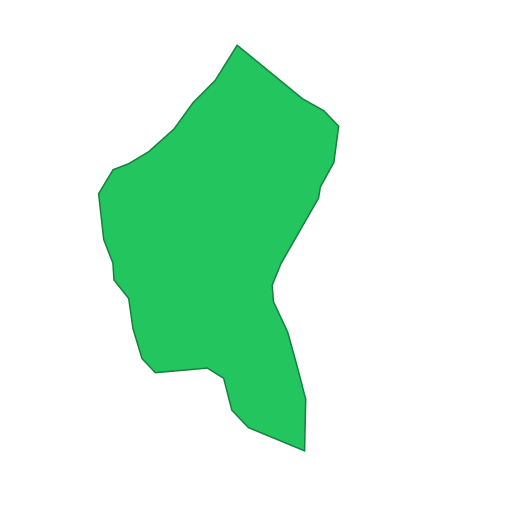 San Bartolomé Milpas Altas, Sacatepéquez, Guatemala, rotated 221°
{"feature_id": "79465075B34478073333157", "entity_name": "San Bartolomé Milpas Altas", "entity_type": "district", "adm_level": 2, "iso_a3": "GTM", "parent_name": "Guatemala", "parent_adm1": "Sacatepéquez", "projection": "orthographic", "projection_center": [-90.687, 14.601], "detail": "fine", "context": "isolated", "style": "filled", "palette": "green", "viewbox_px": 512, "rotation_deg": 221, "n_neighbors": 0, "source": "geoboundaries", "source_scale": "gbopen_adm2", "svg_char_len": 566}
<svg xmlns="http://www.w3.org/2000/svg" viewBox="0 0 512 512"><g transform="rotate(221 256 256)"><path d="M278.7,408.1L300.2,410.1L323.9,405.2L408.5,402.7L402.0,361.7L404.1,330.4L401.2,298.2L405.4,264.4L412.7,242.0L420.5,227.4L415.6,199.7L381.7,168.5L359.4,156.8L347.4,144.7L324.2,140.4L301.1,120.4L274.7,103.8L255.4,101.9L219.2,139.5L200.2,142.5L173.1,123.8L149.1,121.5L91.5,140.8L124.5,180.5L150.0,198.0L181.9,219.2L212.9,233.0L224.7,244.7L232.2,266.8L246.8,340.8L252.7,350.3L258.6,377.7L278.7,408.1Z" fill="#22c55e" stroke="#15803d" stroke-width="1.5"/></g></svg>